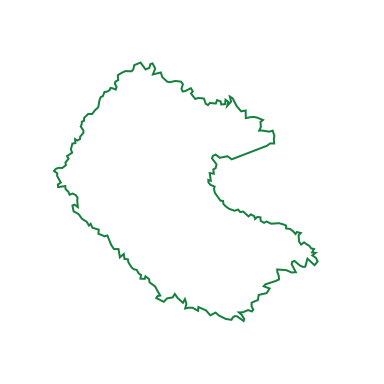 the district of Fontoura Xavier, Rio Grande do Sul, Brazil, rotated 318°
{"feature_id": "56859067B33856190340106", "entity_name": "Fontoura Xavier", "entity_type": "district", "adm_level": 2, "iso_a3": "BRA", "parent_name": "Brazil", "parent_adm1": "Rio Grande do Sul", "projection": "equal_earth", "projection_center": [-52.364, -29.018], "detail": "fine", "context": "isolated", "style": "outline", "palette": "green", "viewbox_px": 384, "rotation_deg": 318, "n_neighbors": 0, "source": "geoboundaries", "source_scale": "gbopen_adm2", "svg_char_len": 3399}
<svg xmlns="http://www.w3.org/2000/svg" viewBox="0 0 384 384"><g transform="rotate(318 192 192)"><path d="M234.0,59.1L230.4,61.6L227.9,61.9L225.5,59.6L223.4,57.6L220.9,56.8L217.1,55.9L214.9,55.6L212.0,59.5L208.8,58.7L207.1,60.1L206.2,63.5L203.8,64.8L202.7,62.3L201.1,60.1L198.9,61.2L195.6,60.4L193.9,59.1L189.9,61.1L187.7,60.4L184.8,61.8L179.0,66.3L174.8,66.3L169.9,67.2L167.1,64.5L164.2,64.7L161.5,64.7L159.4,66.8L157.2,66.0L155.3,67.9L153.1,68.9L152.5,73.6L150.9,75.4L146.0,76.0L144.1,77.7L141.2,77.0L140.5,74.5L138.0,77.6L135.5,76.0L130.6,79.2L129.2,82.6L123.1,81.7L122.5,84.7L117.7,85.4L116.2,87.7L111.6,87.3L109.2,84.9L106.4,83.7L103.5,84.1L104.4,87.9L102.5,89.8L100.8,97.2L97.3,96.7L95.8,98.8L101.8,102.8L100.0,105.3L100.3,109.0L99.2,112.1L102.3,113.3L103.5,116.5L103.2,119.6L101.0,121.5L97.1,126.8L96.2,122.8L94.1,122.0L91.0,127.3L92.3,130.4L92.9,133.0L92.3,138.3L93.8,143.7L93.0,148.0L95.4,147.8L94.1,152.0L97.5,157.6L94.5,160.4L97.4,166.4L100.0,167.7L96.5,177.3L95.8,182.2L99.2,185.2L94.7,192.3L99.8,192.4L97.0,196.6L99.3,199.1L97.7,201.6L96.7,207.3L97.0,210.4L98.8,212.9L97.9,216.7L98.6,219.6L95.7,221.9L98.7,224.9L101.0,223.5L101.8,228.0L100.0,230.8L101.4,237.5L100.1,242.6L99.1,247.7L96.8,246.3L94.5,246.8L97.5,254.7L102.4,254.4L107.1,257.4L111.0,256.3L110.4,261.0L111.1,268.3L115.1,266.9L113.0,271.4L109.0,274.0L112.0,275.7L114.9,278.3L117.0,284.3L119.8,281.8L123.2,289.5L123.1,295.9L128.8,297.4L129.4,302.0L132.2,309.0L135.8,313.4L138.4,312.5L140.6,312.8L142.3,314.5L144.0,322.4L145.8,321.4L146.7,316.6L146.3,312.9L149.3,315.4L154.7,317.3L156.5,320.8L158.8,320.5L159.8,316.8L162.2,314.2L166.4,315.5L168.6,316.4L172.7,313.1L179.8,317.1L185.1,315.6L182.2,310.0L184.7,309.7L189.0,311.6L193.8,313.8L198.1,315.2L200.4,312.3L201.7,308.8L203.5,306.6L209.8,313.2L212.1,318.4L215.5,321.1L217.7,312.5L219.6,311.0L222.0,311.7L223.0,318.8L224.4,322.0L226.2,323.3L233.2,318.8L234.1,328.4L238.9,327.7L240.0,323.9L239.0,319.6L243.1,319.9L240.8,317.2L244.5,316.0L242.8,313.5L243.2,310.6L242.2,307.4L241.6,304.4L237.9,304.1L238.4,300.6L242.2,295.5L245.4,295.2L243.1,291.9L240.8,292.5L240.8,288.5L240.2,285.2L237.6,282.1L239.4,279.8L238.3,277.4L235.8,273.4L231.7,270.2L229.6,268.5L227.7,263.9L224.9,263.1L223.7,259.4L225.9,256.6L223.9,254.3L220.8,254.3L222.1,251.7L220.7,248.0L217.7,248.0L216.9,240.7L214.4,239.2L214.5,235.9L211.1,234.4L208.3,229.3L207.5,225.5L207.3,222.0L209.1,219.4L207.4,217.6L208.0,211.8L208.5,207.9L210.3,204.5L212.4,203.1L210.5,199.0L210.6,196.0L212.1,194.0L213.5,196.2L215.6,193.1L217.8,189.8L220.5,193.0L222.9,189.5L225.5,190.1L228.7,187.9L229.4,180.3L231.8,179.2L234.6,180.0L235.5,185.1L239.4,187.5L242.2,189.0L243.4,194.3L257.0,199.5L278.7,207.8L282.6,208.2L285.5,210.9L288.6,207.0L290.7,205.6L293.0,200.4L289.8,198.9L285.2,193.2L283.0,191.4L286.8,189.7L289.7,185.8L292.9,186.0L290.2,180.3L287.9,177.3L285.8,175.7L281.4,173.1L286.4,167.4L282.5,164.9L282.7,158.0L284.9,149.5L284.0,146.4L281.5,151.0L275.8,151.6L279.3,149.1L278.6,145.9L275.4,148.8L272.3,146.6L273.9,143.8L272.1,140.5L268.9,142.2L264.9,137.8L262.0,138.1L261.3,135.6L263.4,130.5L259.6,126.3L256.7,125.1L256.9,121.1L257.2,118.1L259.9,117.8L260.6,114.1L254.3,112.4L252.3,111.0L253.3,108.2L257.4,105.8L257.7,102.7L254.0,98.4L248.9,95.5L247.4,93.5L246.8,86.7L248.8,82.3L241.6,78.5L247.3,75.6L248.7,70.0L246.7,69.1L243.3,71.2L239.5,69.8L240.4,61.4L234.0,59.1Z" fill="none" stroke="#15803d" stroke-width="2"/></g></svg>